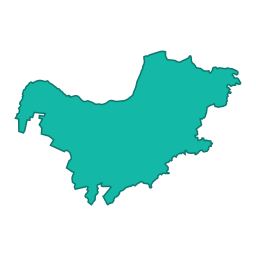 an SVG outline of North West
{"feature_id": "ZAF-1201", "entity_name": "North West", "entity_type": "Province", "adm_level": 1, "iso_a3": "ZAF", "parent_name": "South Africa", "parent_adm1": "", "projection": "orthographic", "projection_center": [25.686, -26.361], "detail": "fine", "context": "isolated", "style": "filled", "palette": "teal", "viewbox_px": 256, "rotation_deg": 0, "n_neighbors": 0, "source": "natural_earth", "source_scale": "10m", "svg_char_len": 5771}
<svg xmlns="http://www.w3.org/2000/svg" viewBox="0 0 256 256"><path d="M162.4,51.3L165.5,51.7L165.5,55.3L165.7,56.5L166.8,58.5L167.1,59.5L167.5,59.7L174.3,60.4L175.3,60.6L177.6,61.9L178.4,62.1L179.4,62.3L180.0,62.1L182.5,60.8L187.1,58.8L188.8,57.6L189.2,56.5L189.6,56.1L190.3,55.9L190.8,56.2L191.1,57.1L191.5,61.5L192.5,63.2L193.9,64.1L195.1,65.5L196.0,67.4L196.5,67.8L200.8,68.5L203.8,70.9L206.9,71.1L208.7,70.8L209.1,71.2L209.4,72.5L209.7,72.8L209.9,72.9L210.5,72.8L211.0,72.5L212.4,70.2L212.7,69.3L212.7,68.3L212.8,68.0L214.1,67.4L215.9,67.2L217.5,68.8L218.8,68.0L219.5,67.9L225.4,68.7L226.1,68.7L226.4,68.4L226.9,68.1L227.8,68.0L229.7,68.6L231.7,68.7L233.1,69.2L236.2,70.6L237.4,71.4L238.0,72.3L237.8,73.5L237.5,74.3L237.0,74.7L236.2,74.7L235.6,74.5L234.1,73.6L233.5,73.5L232.6,73.8L232.3,74.4L232.4,75.3L233.3,75.9L233.8,76.6L234.1,77.6L234.6,78.0L235.4,78.2L236.8,78.0L238.2,78.8L240.6,82.9L240.3,83.9L238.3,84.4L237.1,83.1L235.8,83.3L235.8,84.9L234.9,85.3L233.1,85.2L230.9,86.3L229.1,84.6L227.7,84.7L226.9,86.7L227.5,87.8L228.5,87.5L230.1,89.5L229.1,90.0L228.8,91.5L230.9,92.3L230.6,93.3L228.1,92.8L227.3,94.8L227.7,95.0L228.0,96.4L226.9,97.3L226.9,99.9L227.2,101.0L227.1,101.3L226.5,101.7L226.4,102.0L226.5,103.3L226.3,104.2L225.5,105.2L224.2,105.7L223.6,106.2L217.7,107.2L217.0,106.6L215.5,106.6L214.7,105.9L214.3,103.9L209.7,105.6L207.1,107.4L206.4,112.7L205.0,116.8L204.4,117.8L203.1,118.0L202.2,119.0L200.2,118.8L201.5,125.0L196.2,129.1L197.3,131.4L197.6,134.5L196.9,135.0L194.8,135.4L195.2,136.6L195.6,136.8L195.8,137.6L197.6,137.5L198.1,140.5L201.7,139.5L201.9,138.2L202.5,138.0L203.7,138.3L203.6,139.3L204.8,140.8L206.1,140.1L208.1,140.8L210.2,140.9L210.9,141.2L211.1,143.2L212.3,143.3L211.4,145.0L210.9,145.3L211.1,146.2L210.2,146.2L209.4,146.4L208.9,146.9L208.5,149.2L207.3,151.0L206.9,151.2L203.9,151.9L203.4,151.7L202.1,150.5L201.6,150.2L200.5,150.4L199.5,151.2L197.9,153.1L196.3,154.3L195.5,154.6L195.1,154.3L195.4,153.4L195.4,153.1L195.0,152.9L194.0,153.1L190.1,153.2L188.4,152.9L187.1,152.2L186.3,150.8L185.8,150.3L185.2,150.7L185.0,151.4L185.1,154.3L184.2,153.6L182.8,152.4L181.9,152.9L181.2,153.7L180.3,153.1L179.6,153.6L178.7,153.8L178.0,154.3L176.7,155.5L176.3,157.0L176.0,157.0L175.7,156.6L174.4,156.2L173.8,156.3L173.2,156.8L172.1,158.0L171.9,158.4L171.9,160.4L171.3,160.8L170.4,160.5L169.9,160.5L168.9,161.8L168.2,162.3L166.0,162.9L165.2,163.9L166.0,165.2L167.4,166.4L168.1,167.3L168.0,169.9L167.9,169.9L167.7,169.9L167.4,170.1L166.9,170.9L166.6,171.7L166.9,172.4L168.7,172.8L169.0,173.1L169.1,173.4L168.9,173.5L165.0,173.5L164.3,173.2L163.2,173.2L162.7,173.3L162.3,173.7L161.9,174.5L161.7,174.7L160.8,174.1L159.7,174.3L158.8,174.9L158.1,175.8L157.8,176.9L157.9,177.7L157.9,177.9L157.5,178.3L156.5,178.6L152.9,181.9L152.1,183.1L151.1,185.1L151.1,185.8L151.7,186.8L151.6,187.2L151.4,187.6L150.9,187.7L150.2,187.8L149.7,187.5L149.4,186.7L149.0,184.4L148.8,184.1L145.7,183.4L144.1,183.4L143.4,183.0L142.4,181.8L142.0,181.6L141.1,181.7L137.0,184.0L136.0,184.8L135.5,185.6L135.2,185.7L134.9,185.7L134.2,185.5L133.0,184.9L132.6,184.9L132.3,185.1L131.9,185.7L130.8,186.3L130.3,186.4L129.5,186.1L129.3,186.2L128.9,186.7L126.4,187.4L125.8,187.8L122.7,190.5L122.2,190.7L120.9,190.8L120.5,191.1L119.8,192.1L119.3,192.4L119.3,192.7L119.5,193.4L118.7,194.8L118.1,195.5L117.3,196.0L116.7,196.8L115.8,196.8L115.0,197.1L113.8,199.2L113.9,200.1L113.2,201.5L112.6,202.3L112.1,202.8L110.9,202.7L110.6,203.2L109.4,203.4L108.6,204.2L108.0,204.6L107.7,204.6L107.4,204.5L103.1,196.3L103.8,196.1L111.0,187.3L110.4,186.8L109.6,186.4L108.8,186.4L102.7,186.5L101.7,186.2L101.3,185.6L101.5,184.4L101.9,183.1L100.6,183.2L99.8,184.2L98.0,184.6L97.7,184.9L97.4,185.0L97.1,185.8L97.1,186.7L97.3,187.5L98.0,188.0L98.2,188.4L97.5,189.3L97.3,191.0L97.9,191.5L97.9,192.6L97.5,193.6L97.2,193.9L96.5,194.1L96.2,194.4L95.9,195.3L95.2,196.1L95.1,197.2L95.2,198.9L94.8,200.3L93.0,202.1L92.7,203.0L92.3,203.6L91.3,204.7L88.1,202.0L88.1,201.4L88.5,200.3L88.4,199.4L87.4,198.0L86.8,197.6L85.8,197.3L85.4,196.8L85.1,196.0L85.9,194.1L87.2,192.9L88.3,190.8L87.0,189.8L88.1,187.3L86.8,186.5L75.3,189.2L74.4,187.1L75.3,184.1L72.5,182.3L72.2,179.7L72.0,178.9L72.1,177.4L74.0,172.3L71.2,171.3L70.3,170.3L66.5,167.9L69.0,160.9L70.9,159.3L71.4,157.2L69.9,152.6L67.5,150.6L65.3,150.5L64.3,151.6L50.4,145.2L53.7,139.8L48.8,136.0L41.4,134.0L41.8,128.0L39.3,124.7L42.4,119.1L39.2,118.2L39.4,115.5L44.2,116.3L45.1,113.5L34.2,112.4L32.6,117.4L30.1,117.2L29.9,120.2L27.0,120.0L24.7,130.7L23.4,132.9L18.9,131.4L18.7,119.0L15.4,118.3L17.0,115.6L17.1,115.1L16.9,114.3L17.3,113.9L18.4,113.5L18.8,113.2L19.1,112.6L19.4,110.8L19.4,109.8L19.1,109.3L18.6,108.5L19.0,107.8L20.4,106.4L20.8,105.6L20.5,104.7L20.2,104.3L19.8,104.1L19.8,103.4L20.0,102.5L20.5,101.6L22.2,99.4L22.4,99.0L22.6,97.9L22.4,97.0L22.4,96.7L23.3,95.8L23.1,95.4L22.5,94.5L22.5,94.1L22.9,93.1L23.6,90.3L23.9,89.9L24.9,89.4L25.3,88.9L25.9,87.2L26.2,86.6L26.5,86.2L27.9,85.4L28.4,84.3L29.9,82.7L30.9,82.1L31.8,82.3L32.3,83.0L32.5,83.3L33.4,82.7L36.3,81.2L38.2,80.6L40.2,80.4L42.4,80.8L44.8,81.6L45.5,81.5L47.3,80.9L47.9,81.1L49.4,82.9L52.0,84.3L56.3,87.6L57.1,88.5L59.3,89.1L59.7,89.5L60.4,90.8L61.9,91.5L63.5,93.5L65.3,94.7L65.9,95.6L66.7,96.1L68.7,95.5L69.2,95.6L70.0,96.2L70.1,96.6L69.8,96.9L69.9,97.1L70.8,97.0L74.9,95.8L77.0,95.8L78.7,96.8L81.5,100.0L83.2,101.3L85.2,101.6L87.1,101.0L87.9,100.8L92.6,102.6L94.8,104.0L96.2,104.3L99.1,104.0L101.5,104.5L102.7,104.4L105.0,103.7L105.8,103.4L108.2,101.6L110.0,100.7L111.5,100.4L113.0,100.7L114.9,101.3L116.5,101.5L124.8,100.6L127.7,99.2L132.8,95.2L133.6,92.5L135.8,87.2L137.1,81.5L140.6,73.6L141.5,70.7L142.7,68.6L142.7,66.9L143.9,64.2L144.3,62.8L144.4,61.0L143.9,57.8L144.0,56.7L145.9,56.0L147.9,56.1L149.8,54.8L160.5,51.5L162.4,51.3Z" fill="#14b8a6" stroke="#0f766e" stroke-width="1.5"/></svg>